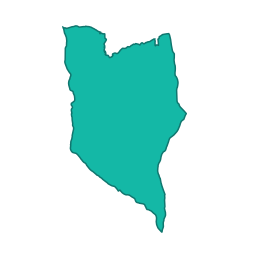 the district of Málaga, Santander, Colombia, rotated 174°
{"feature_id": "7082276B1273171600443", "entity_name": "Málaga", "entity_type": "district", "adm_level": 2, "iso_a3": "COL", "parent_name": "Colombia", "parent_adm1": "Santander", "projection": "natural_earth1", "projection_center": [-72.732, 6.729], "detail": "fine", "context": "isolated", "style": "filled", "palette": "teal", "viewbox_px": 256, "rotation_deg": 174, "n_neighbors": 0, "source": "geoboundaries", "source_scale": "gbopen_adm2", "svg_char_len": 5855}
<svg xmlns="http://www.w3.org/2000/svg" viewBox="0 0 256 256"><g transform="rotate(174 128 128)"><path d="M105.2,21.0L105.0,21.3L104.6,22.7L104.4,23.4L103.6,25.0L103.1,26.3L103.0,27.8L103.0,28.5L102.8,30.2L102.5,31.2L102.2,31.7L102.0,32.3L101.8,33.5L101.5,34.1L100.8,35.3L100.1,36.6L99.8,37.3L99.7,38.4L99.6,40.2L99.8,41.4L100.1,44.0L100.1,44.5L100.0,44.8L99.7,45.4L99.5,46.1L99.2,52.5L98.7,54.6L98.6,57.1L98.5,57.6L98.3,57.7L98.2,58.2L98.3,58.5L98.6,59.7L99.5,63.2L100.2,66.3L100.5,67.6L100.7,69.2L100.9,69.9L101.2,74.2L101.8,75.8L102.2,78.0L102.7,79.3L102.9,80.7L103.0,81.5L103.0,82.3L102.7,84.1L102.5,85.3L102.1,86.7L102.0,87.7L101.8,88.2L101.1,89.6L100.7,90.3L100.0,91.1L99.3,92.3L99.0,92.9L98.1,96.1L97.6,97.2L97.2,98.3L95.6,100.3L95.0,100.8L94.1,101.0L92.9,102.2L92.3,103.5L91.8,104.9L91.0,106.2L90.6,107.1L89.3,109.8L88.4,112.0L87.8,113.1L87.4,113.6L86.2,114.4L85.0,115.1L83.1,116.3L81.2,118.0L79.7,119.4L78.4,121.1L78.0,121.8L77.3,123.1L76.4,124.7L75.4,127.1L74.8,128.2L74.3,129.0L73.7,129.5L72.4,130.4L71.9,130.5L71.6,130.8L69.7,134.6L68.6,136.1L68.6,136.4L70.4,139.0L73.9,143.5L74.6,145.0L74.7,145.4L74.7,146.1L75.0,146.7L75.5,147.2L75.9,147.7L76.1,148.2L76.4,149.1L76.4,150.4L75.7,160.6L75.3,162.1L75.1,162.6L74.6,163.5L74.1,165.2L73.8,166.5L73.6,167.3L73.5,168.5L73.7,170.9L74.2,172.7L74.7,173.9L75.6,175.2L75.6,176.7L75.5,178.0L74.9,180.9L74.7,182.5L74.6,184.9L75.0,186.9L75.1,190.0L75.1,190.8L74.6,193.3L74.2,196.8L74.3,197.0L74.9,198.2L75.5,199.2L75.8,200.7L76.2,205.4L76.4,211.7L77.0,216.2L77.6,217.6L79.5,217.6L81.7,217.5L83.9,217.3L86.0,216.1L87.2,215.6L87.4,215.4L87.5,215.2L87.7,214.0L88.1,213.6L88.9,213.2L88.9,212.2L88.9,209.2L89.1,207.1L90.6,207.6L91.1,207.5L91.8,207.1L92.2,207.0L92.3,207.2L92.4,207.4L92.2,210.2L91.9,211.6L92.0,212.2L92.2,213.0L92.0,213.7L92.9,213.8L94.4,213.1L95.7,212.6L96.7,211.9L98.3,211.5L98.6,211.6L98.9,211.6L99.2,211.5L99.9,211.5L100.3,211.1L100.6,211.0L101.3,211.1L102.2,210.5L103.2,210.1L103.7,210.2L104.6,211.0L104.9,211.2L105.3,211.2L105.8,211.1L106.0,210.9L106.9,210.1L107.5,209.4L107.6,209.5L108.9,210.2L109.4,210.4L111.5,211.1L111.8,211.0L112.6,210.5L113.7,210.8L114.4,210.5L115.1,210.0L116.1,209.8L117.3,208.8L117.7,208.6L118.4,208.6L119.6,208.9L120.0,208.8L120.9,208.1L121.6,207.7L122.5,207.5L123.1,207.5L124.8,207.8L125.2,207.8L125.5,207.6L127.5,206.1L129.3,204.1L130.3,203.4L130.9,203.2L131.3,203.2L131.8,203.4L132.7,203.8L133.3,203.9L134.1,203.8L134.7,203.5L135.4,203.3L135.7,202.9L135.6,202.1L135.9,201.5L135.7,201.5L136.2,200.7L136.4,200.6L137.0,200.5L137.4,200.2L137.9,200.2L138.5,199.9L139.0,200.0L139.2,200.4L139.5,200.9L139.9,201.8L140.0,202.1L140.6,202.2L141.3,202.7L141.6,202.8L141.9,202.6L142.1,202.7L142.5,203.0L142.9,203.4L142.9,203.5L142.3,204.4L142.2,204.7L142.4,205.5L142.5,205.6L143.0,205.6L142.9,205.8L142.5,206.1L142.5,206.3L142.6,206.6L142.9,206.6L143.1,206.4L143.4,206.4L143.5,206.6L143.3,207.0L143.5,207.3L143.4,207.5L143.6,208.0L143.0,209.5L143.0,210.1L143.2,210.7L143.2,210.8L142.7,210.7L142.6,211.5L142.6,212.3L143.0,213.6L143.0,214.2L142.7,214.7L140.7,217.3L140.5,217.7L140.3,218.4L140.6,218.9L141.4,219.5L141.5,220.2L141.5,221.3L141.3,223.3L141.3,223.9L141.4,224.1L142.1,224.1L143.6,224.5L144.1,224.9L144.8,225.0L145.2,224.8L146.1,224.9L146.1,225.2L145.9,225.5L145.5,225.6L145.2,225.8L145.2,226.1L147.0,226.9L148.1,227.6L149.5,228.9L150.1,229.2L151.2,230.1L153.1,231.3L154.0,232.0L156.3,232.9L157.5,233.1L159.5,233.6L160.0,233.3L161.7,233.5L165.7,233.4L166.4,233.7L167.7,234.6L168.6,234.9L169.8,235.0L171.0,234.6L173.3,234.5L177.0,233.7L177.8,233.6L178.6,233.4L179.2,233.6L179.4,234.0L180.7,234.1L182.1,235.0L182.0,234.2L181.6,233.4L181.2,228.9L180.7,227.7L179.8,224.4L179.8,223.8L179.8,221.3L179.8,220.8L180.1,219.7L180.6,216.1L180.8,215.6L181.4,215.1L182.0,213.9L183.1,204.5L183.4,202.2L183.8,201.0L183.9,199.7L183.7,198.5L182.3,193.1L180.9,190.2L180.3,189.1L179.6,188.1L179.3,187.3L179.3,186.6L179.5,185.8L180.2,184.5L180.8,182.7L181.6,181.5L182.1,180.1L182.4,178.8L182.4,177.3L182.3,176.3L181.8,173.4L181.7,172.4L181.4,171.8L181.3,171.6L179.3,170.4L179.0,170.1L178.8,169.7L178.8,168.8L178.7,168.1L177.9,165.7L177.9,162.4L178.1,161.2L178.4,160.6L179.0,160.1L179.9,159.6L180.3,159.2L181.7,158.5L182.0,157.4L182.0,157.0L181.9,156.6L181.2,155.4L181.1,154.2L181.3,153.7L182.1,152.9L182.5,151.9L182.5,151.4L182.5,150.7L182.3,149.8L182.3,149.4L182.4,149.2L182.3,148.5L182.7,148.1L182.8,147.5L182.8,146.4L182.7,145.3L182.5,144.9L182.6,142.8L182.7,141.8L182.5,138.1L182.7,137.4L182.8,136.2L182.2,134.7L182.1,134.1L182.1,133.5L182.3,132.3L182.7,131.2L184.2,126.7L184.3,126.3L184.3,125.5L184.6,124.6L184.8,123.7L185.2,122.6L185.7,121.7L186.3,120.2L186.6,118.0L186.7,117.7L186.9,117.4L186.8,116.4L187.1,115.3L187.4,113.9L187.4,113.2L187.2,112.1L186.6,110.7L186.1,110.0L185.6,109.5L184.7,109.1L182.3,108.2L182.0,107.9L181.0,106.9L178.9,103.8L177.8,101.7L177.4,101.3L176.7,100.0L175.5,98.5L174.4,97.7L173.7,97.0L173.2,96.0L173.0,95.3L170.7,91.6L169.6,90.2L168.5,89.1L168.0,88.8L167.2,88.1L164.4,85.1L164.3,84.9L163.7,84.3L162.7,83.9L162.4,83.6L161.6,82.9L161.5,82.6L161.2,82.2L159.5,80.9L158.4,79.5L155.7,76.9L154.7,76.1L153.5,74.6L152.7,74.0L150.2,72.3L149.5,72.0L147.7,71.4L146.8,70.6L145.1,68.1L144.2,66.4L143.3,66.7L142.9,67.0L142.5,67.0L141.0,64.9L140.4,64.1L138.9,62.8L137.9,62.2L136.8,61.7L135.7,61.7L133.7,61.1L133.3,60.8L131.0,58.8L129.6,57.9L129.5,57.7L129.0,57.3L128.6,56.8L128.0,54.4L127.7,53.9L127.5,53.5L126.7,52.9L126.0,52.7L125.4,52.5L124.5,52.0L120.9,51.0L120.3,50.7L119.6,50.1L119.4,49.8L119.0,48.5L118.4,47.0L118.1,45.8L117.6,45.0L116.1,44.6L115.6,44.3L115.2,44.0L114.0,43.3L113.3,42.8L113.0,42.4L112.0,41.2L111.5,40.6L110.6,39.8L109.9,39.0L109.5,38.4L109.3,37.8L109.1,36.8L109.0,35.6L109.2,34.3L109.7,31.9L109.6,28.9L109.4,28.2L108.8,26.0L108.3,24.9L107.4,23.7L106.2,22.1L105.5,21.1L105.2,21.0Z" fill="#14b8a6" stroke="#0f766e" stroke-width="1.5"/></g></svg>